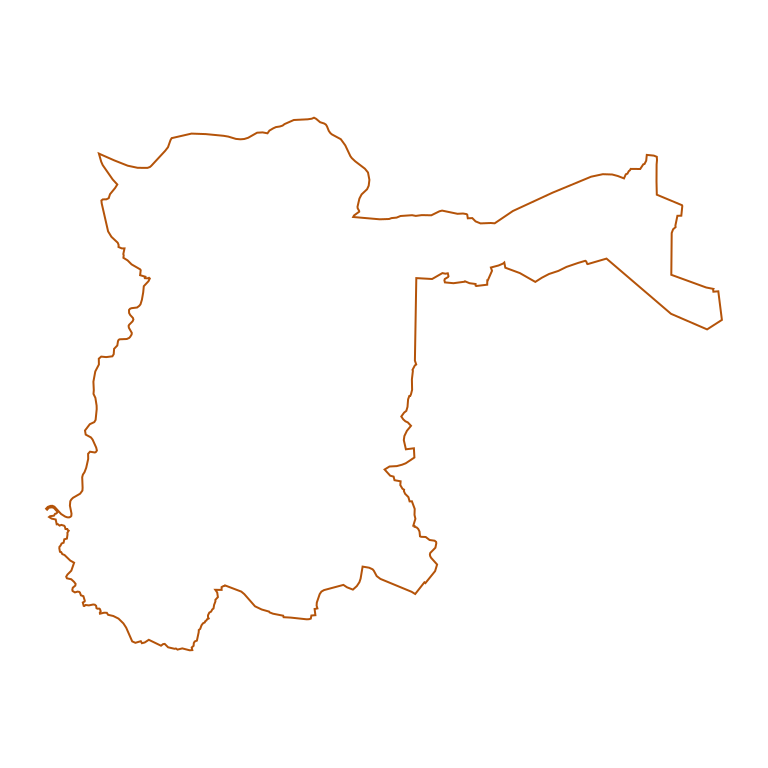 Mueang Chai Nat, Chai Nat, Thailand
{"feature_id": "78962969B26983912705039", "entity_name": "Mueang Chai Nat", "entity_type": "district", "adm_level": 2, "iso_a3": "THA", "parent_name": "Thailand", "parent_adm1": "Chai Nat", "projection": "orthographic", "projection_center": [100.119, 15.184], "detail": "fine", "context": "isolated", "style": "outline", "palette": "amber", "viewbox_px": 768, "rotation_deg": 0, "n_neighbors": 0, "source": "geoboundaries", "source_scale": "gbopen_adm2", "svg_char_len": 6010}
<svg xmlns="http://www.w3.org/2000/svg" viewBox="0 0 768 768"><path d="M141.9,643.2L144.7,642.5L148.8,639.8L161.0,645.7L163.1,644.1L164.7,643.9L168.1,647.3L174.6,648.8L175.9,648.5L177.5,649.6L182.3,648.4L189.7,650.3L192.3,650.1L191.7,647.5L193.6,645.8L193.8,643.1L194.7,641.5L196.9,640.6L198.7,632.2L198.8,630.0L200.2,628.9L201.5,625.3L203.0,623.3L204.8,622.4L205.1,621.4L206.5,620.4L206.9,619.4L208.7,618.5L208.0,617.2L208.0,615.3L209.3,612.6L211.1,611.6L212.3,609.4L213.5,608.5L214.1,604.9L215.4,601.5L215.4,599.8L217.9,597.1L217.2,592.5L215.3,589.8L221.6,589.9L221.6,587.1L223.6,586.0L224.7,585.9L225.0,585.4L241.3,591.6L244.3,594.1L255.0,606.3L261.7,609.5L269.1,611.6L269.6,612.4L273.0,613.7L283.2,615.7L283.6,617.2L290.8,617.6L306.6,619.3L309.0,619.2L310.8,618.6L311.4,615.5L315.4,615.2L314.6,609.0L317.4,608.4L316.6,605.6L316.8,602.6L319.7,594.1L321.4,591.6L324.0,590.1L343.4,584.9L347.0,587.3L352.9,589.6L356.8,586.1L359.4,582.2L360.6,578.6L362.6,566.6L369.1,567.7L372.6,569.3L373.8,570.7L376.7,576.1L380.4,578.9L411.6,591.8L415.2,594.0L424.4,582.3L425.4,583.1L435.1,571.1L437.1,564.5L431.0,557.7L430.1,555.9L429.9,554.3L430.3,552.9L435.4,547.7L436.3,543.3L436.1,541.9L434.6,540.7L429.6,540.0L425.7,537.0L421.1,536.8L420.0,536.3L419.5,531.5L418.2,528.9L416.6,527.4L414.5,526.8L414.5,525.9L413.3,525.7L415.4,518.8L414.5,514.9L414.7,508.9L411.9,501.3L409.6,501.4L408.4,497.1L405.1,493.8L403.9,491.1L404.1,489.7L402.5,488.8L400.3,485.1L400.6,481.3L394.5,480.2L393.6,476.6L390.2,475.7L384.6,469.5L389.5,466.5L396.8,466.1L402.1,464.7L405.7,463.3L414.4,457.5L413.9,448.3L405.9,449.3L403.8,440.1L404.4,436.0L406.9,430.8L411.0,425.8L407.8,422.4L405.4,421.3L403.2,419.3L401.3,416.5L404.1,412.6L406.3,410.9L407.5,406.9L408.1,399.3L409.3,396.0L410.2,396.0L411.0,394.2L412.1,389.8L411.9,379.4L412.9,370.8L412.5,369.9L414.8,365.5L416.2,364.5L414.9,360.6L416.3,278.1L432.1,279.0L442.4,273.1L445.4,273.7L447.8,273.3L448.5,276.3L448.0,277.1L444.8,279.0L444.4,280.3L444.9,282.4L453.5,283.2L464.7,281.7L465.0,281.3L469.5,283.2L475.6,284.0L475.6,285.6L476.2,286.0L487.2,284.7L487.3,280.5L487.7,280.6L492.0,270.8L490.9,267.5L498.5,265.5L503.0,263.6L504.3,262.5L505.3,267.7L519.9,273.1L535.3,281.9L541.9,277.7L549.0,274.0L558.4,270.9L566.5,266.9L578.2,262.9L585.3,260.8L586.2,261.4L587.2,263.9L587.7,264.1L606.5,258.6L671.0,313.8L707.1,329.4L721.9,319.9L718.3,291.3L713.4,291.7L713.1,289.5L713.4,288.9L706.2,287.5L671.3,274.8L671.7,233.0L673.1,229.3L675.6,227.1L675.4,225.5L677.4,215.8L681.3,215.7L682.3,206.0L682.0,205.2L656.8,194.7L656.5,181.4L656.6,164.5L657.0,160.1L656.8,156.8L653.8,155.6L646.8,154.9L646.2,160.7L644.5,164.0L643.3,164.3L640.2,169.0L630.7,168.9L629.9,170.3L628.8,171.1L627.4,173.7L625.8,174.3L624.0,178.4L617.8,176.0L612.2,174.5L602.8,174.2L591.1,176.7L552.5,192.7L512.9,211.0L494.7,223.3L490.8,223.0L480.5,223.4L475.6,221.4L472.3,218.1L467.8,218.3L467.2,214.6L466.5,214.1L463.0,213.5L457.5,213.8L442.1,210.6L439.4,211.3L431.3,215.3L421.8,215.1L415.8,215.9L412.1,215.2L400.5,216.0L396.6,217.6L391.5,218.1L389.1,219.0L379.7,219.3L353.2,217.0L354.0,215.5L359.2,211.7L359.1,210.8L357.7,208.3L357.5,206.8L359.4,198.6L361.6,194.4L367.1,189.2L368.7,185.7L369.4,179.9L368.0,172.5L364.9,168.7L355.2,161.3L351.8,158.1L350.4,156.2L345.3,145.4L340.8,139.2L331.9,134.4L330.4,133.1L328.8,130.9L327.0,126.4L325.9,124.6L324.2,123.5L320.1,122.2L316.1,118.8L314.0,117.7L311.8,118.7L307.7,119.3L293.8,120.0L284.5,124.1L282.6,125.6L279.8,126.5L275.9,127.1L273.1,128.4L269.4,130.6L267.5,133.3L262.6,132.4L257.1,132.7L248.1,137.8L244.2,139.0L240.4,139.3L235.9,138.9L228.3,136.6L223.6,135.8L205.8,134.1L191.5,133.6L172.3,138.0L171.7,138.1L170.5,140.1L168.0,147.2L165.1,150.9L151.3,165.8L149.9,167.0L147.4,167.9L137.6,167.8L127.7,165.7L114.3,160.4L98.9,153.6L101.2,161.7L102.7,165.1L112.7,179.5L117.3,184.5L115.1,188.0L110.0,194.2L108.7,198.2L106.4,199.3L102.8,199.4L101.4,200.5L101.7,203.4L108.1,231.4L111.4,236.8L117.7,242.7L118.6,244.9L118.5,247.0L121.8,248.4L124.5,248.4L123.3,254.1L123.7,255.2L123.4,257.8L127.6,260.4L131.6,264.4L140.1,269.3L140.7,270.2L140.1,275.2L145.3,276.7L144.7,277.9L144.9,278.2L148.1,278.3L149.0,277.8L149.8,278.5L148.5,281.2L143.8,286.2L143.2,292.4L141.9,299.8L140.5,304.3L139.3,305.8L137.1,307.5L131.4,308.2L130.0,308.8L129.0,310.0L129.1,313.0L130.2,315.0L132.9,317.9L133.4,319.5L132.6,321.3L129.2,324.7L128.6,325.9L128.9,327.8L131.8,332.9L131.6,334.5L130.2,336.8L129.2,337.9L126.8,339.0L119.7,339.3L118.7,339.8L118.0,341.1L117.3,345.5L114.1,348.8L113.7,354.2L112.4,356.3L106.2,357.1L101.2,356.6L98.8,358.7L98.9,364.5L95.3,371.4L93.4,381.7L93.8,390.1L93.5,393.9L95.4,397.9L96.6,405.6L96.7,409.1L95.6,419.9L94.3,422.1L89.8,424.2L85.0,430.5L85.7,434.6L90.9,437.4L92.6,439.6L96.2,447.6L96.9,450.5L96.0,451.9L94.9,452.5L90.0,451.7L88.1,453.8L88.2,458.9L86.2,467.8L84.5,472.2L82.9,474.6L82.2,477.2L82.6,487.7L82.4,490.6L80.1,493.7L73.0,497.8L71.3,499.5L70.3,501.2L69.9,505.6L71.5,513.6L71.3,515.9L70.5,516.8L69.1,517.4L67.2,517.3L65.2,516.6L61.1,514.0L54.4,506.7L52.4,505.8L50.5,505.9L47.8,506.9L46.1,508.7L47.1,509.7L48.9,507.7L52.1,507.3L54.0,508.0L57.6,512.0L57.4,512.4L56.3,513.5L55.1,513.8L53.9,515.7L50.1,516.2L49.1,517.0L51.6,518.6L55.7,519.5L56.7,524.3L57.7,524.1L59.6,525.6L61.3,524.9L64.1,525.7L64.8,526.5L65.5,529.0L67.3,529.0L67.7,530.0L68.7,530.7L67.4,532.7L67.5,534.6L66.9,538.6L64.3,539.3L63.6,542.7L61.6,543.5L60.5,545.7L59.5,546.7L59.3,548.2L59.9,551.5L60.2,552.0L61.2,552.1L62.3,554.1L64.5,555.0L70.3,560.6L74.1,562.7L71.3,570.7L67.4,574.6L66.2,576.7L66.9,578.3L71.3,579.3L74.0,581.8L75.6,583.9L75.3,585.6L72.8,587.7L72.3,589.8L72.6,591.0L74.9,592.4L77.6,591.6L79.2,591.9L79.9,592.5L80.9,595.3L83.4,596.2L84.8,600.8L84.6,601.5L82.8,602.5L83.7,605.9L84.4,606.0L85.6,605.0L88.9,605.4L93.2,604.5L94.8,604.7L96.1,605.8L96.5,608.2L97.4,608.7L99.3,608.6L100.0,609.2L100.7,611.3L99.8,612.8L100.0,613.7L104.1,612.7L106.8,612.8L108.1,614.8L113.3,616.0L118.5,618.6L123.4,623.4L126.2,627.7L132.2,641.4L135.4,642.8L140.8,641.2L141.9,643.2Z" fill="none" stroke="#b45309" stroke-width="2"/></svg>